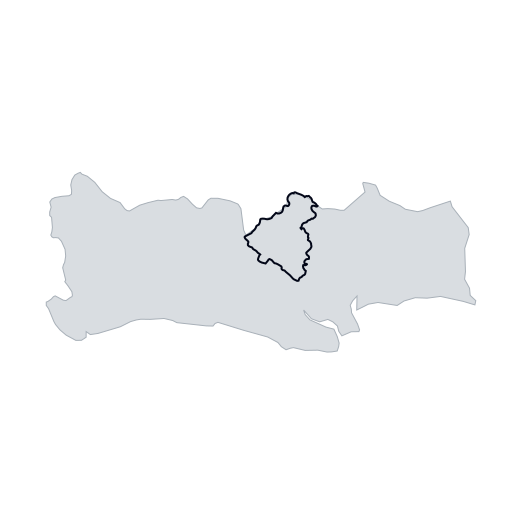 Portugal, with Portalegre highlighted, rotated 263°
{"feature_id": "PRT-747", "entity_name": "Portalegre", "entity_type": "District", "adm_level": 1, "iso_a3": "PRT", "parent_name": "Portugal", "parent_adm1": "", "projection": "orthographic", "projection_center": [-7.639, 39.223], "detail": "fine", "context": "in_parent", "style": "outline", "palette": "ink", "viewbox_px": 512, "rotation_deg": 263, "n_neighbors": 0, "source": "natural_earth", "source_scale": "10m", "svg_char_len": 5162}
<svg xmlns="http://www.w3.org/2000/svg" viewBox="0 0 512 512"><g transform="rotate(263 256 256)"><path d="M200.6,57.9L206.6,52.4L212.4,48.7L215.6,47.4L229.0,43.7L232.5,41.8L235.8,42.2L236.3,44.0L238.2,47.6L240.3,50.0L240.9,51.8L235.6,59.4L234.9,62.0L237.6,66.9L238.0,68.3L239.4,69.0L243.0,68.9L249.4,65.7L253.8,63.1L255.3,64.2L267.9,62.7L270.9,63.9L272.9,65.3L279.2,67.1L285.9,67.3L294.3,64.7L298.0,62.1L298.7,59.3L298.8,57.1L299.9,55.7L301.8,54.9L304.8,56.3L309.1,57.4L319.3,57.8L321.3,56.2L324.8,56.6L329.4,58.6L334.7,57.9L337.4,60.3L338.5,63.5L338.9,70.6L338.6,77.7L339.7,80.3L343.3,81.0L349.1,80.8L354.3,82.7L358.4,86.0L359.8,89.4L360.4,91.8L358.5,93.1L355.7,98.3L348.7,105.0L338.6,111.1L330.9,118.6L325.6,127.6L318.9,131.4L316.8,133.5L316.1,135.9L320.6,146.8L322.1,155.2L323.3,165.5L322.6,168.4L322.3,179.7L321.3,183.1L321.6,185.8L323.3,188.6L324.0,191.4L321.0,195.0L315.3,199.1L311.1,202.8L310.0,206.1L310.3,208.2L317.5,215.4L318.8,218.3L317.9,225.3L313.9,237.0L310.0,244.0L309.3,244.7L304.8,246.8L283.2,246.9L277.9,248.5L278.7,249.9L283.8,259.0L289.1,263.8L290.9,264.9L292.8,275.5L301.5,292.4L309.9,294.7L312.8,298.9L312.4,304.8L309.8,311.4L304.7,318.1L298.6,322.8L294.6,327.5L294.3,333.0L293.0,339.9L291.1,345.3L290.6,349.0L306.2,372.0L314.9,370.8L316.0,371.4L314.5,376.9L311.8,383.3L308.5,384.6L301.1,386.6L294.1,395.0L288.5,405.0L284.2,409.9L280.3,421.8L280.8,427.0L282.7,434.9L286.8,455.6L281.0,456.6L258.3,470.1L251.3,470.2L238.2,464.1L215.0,462.0L207.5,460.2L198.0,464.0L190.8,463.8L184.9,468.7L180.8,467.3L185.7,456.2L193.4,434.2L193.3,420.7L195.2,409.0L193.3,397.4L189.7,390.1L195.0,371.4L194.5,361.7L190.1,349.4L204.0,351.4L199.8,346.5L195.6,343.5L191.5,344.1L188.0,343.9L176.1,348.5L170.1,349.8L168.4,348.9L169.2,341.3L166.3,331.5L171.1,329.0L176.6,328.3L181.3,324.2L184.3,319.6L182.9,311.2L187.0,303.3L196.6,296.7L191.7,297.7L186.0,301.8L176.9,316.8L173.9,324.4L166.2,326.8L159.4,327.9L156.0,327.0L151.8,325.0L151.6,319.3L152.0,314.8L155.0,305.9L156.3,293.3L160.5,282.0L160.3,279.0L159.3,274.4L162.9,270.1L167.4,267.3L174.2,257.7L183.8,234.6L194.8,210.1L194.0,207.1L191.7,204.8L192.7,198.1L199.5,169.3L202.1,165.5L205.2,157.1L206.0,143.4L207.3,134.0L207.1,129.3L206.2,123.6L202.3,112.7L198.4,89.7L198.2,82.0L201.7,78.2L196.1,77.5L193.6,72.5L194.2,66.9L200.6,57.9Z" fill="#d9dde1" stroke="#a8b0b8" stroke-width="1"/><path d="M306.0,318.1L303.0,318.7L302.4,319.3L302.1,320.1L301.2,321.1L300.1,322.0L299.1,322.4L298.2,323.2L297.7,322.6L297.7,321.9L297.9,321.4L298.8,319.9L298.9,319.4L298.9,318.2L298.7,317.6L297.9,317.1L297.1,316.8L295.9,316.8L294.0,317.5L292.6,318.7L291.3,320.1L290.3,320.4L290.0,320.3L288.9,320.3L287.9,319.7L287.3,319.2L286.5,317.6L286.0,316.9L286.3,315.7L285.4,314.3L285.2,313.2L284.7,311.6L283.3,310.3L283.3,309.4L283.1,308.9L282.9,307.4L282.5,306.6L281.5,305.6L278.9,304.5L278.6,303.7L278.3,303.7L278.0,303.7L277.1,304.4L277.6,305.0L277.8,305.4L277.8,306.0L277.6,306.6L276.9,307.0L276.0,307.4L274.6,307.7L273.7,308.0L272.7,308.8L272.3,309.4L272.0,310.0L271.7,310.3L271.4,310.5L270.9,310.6L269.4,310.0L268.7,309.9L268.1,309.9L267.5,310.3L267.0,310.1L266.0,309.5L265.4,309.5L264.4,310.7L263.8,311.4L261.7,312.2L260.3,312.1L259.7,312.2L259.0,312.2L258.3,312.1L256.5,310.8L253.6,306.8L252.9,306.2L251.5,306.5L250.4,307.2L250.0,307.7L249.6,308.1L249.0,308.3L248.5,308.5L246.9,308.2L246.7,308.1L246.7,307.1L246.7,305.9L246.5,305.2L245.1,303.6L244.7,303.4L244.1,303.2L243.1,303.3L242.3,303.6L242.2,303.9L242.1,304.4L242.1,304.9L241.9,305.4L241.5,305.5L241.1,305.0L240.8,303.9L241.0,302.8L241.2,302.3L241.2,301.8L240.2,301.4L238.4,301.5L237.9,301.7L237.5,302.0L236.4,302.4L235.1,303.6L232.2,302.6L231.4,301.8L231.2,301.2L231.0,300.6L230.6,299.7L229.9,299.1L229.5,298.4L229.3,297.8L229.1,297.0L228.5,296.4L227.8,295.9L226.3,295.2L226.3,293.8L228.2,290.8L229.1,289.9L232.7,287.4L236.5,283.8L238.1,282.6L238.8,280.8L239.6,280.0L240.3,279.8L241.5,280.1L242.5,279.9L242.9,279.5L243.2,279.1L243.5,278.7L245.0,276.8L245.9,275.4L246.2,274.8L246.5,273.7L246.9,273.2L250.0,271.1L251.3,269.1L251.2,268.6L250.9,268.0L249.9,267.2L247.4,264.6L248.8,260.9L250.1,258.9L251.3,257.8L252.1,257.5L253.4,257.9L256.0,259.3L256.9,260.1L257.0,260.3L257.3,260.1L257.6,259.9L258.8,258.4L259.3,258.0L260.6,257.2L261.6,256.2L262.5,254.9L263.5,253.8L264.8,253.3L265.2,252.7L265.8,251.4L266.6,250.1L267.7,249.3L269.1,249.4L270.2,250.0L271.3,250.1L272.8,249.0L273.6,248.2L274.7,247.4L276.0,247.0L276.6,247.2L277.1,248.4L279.2,254.2L280.4,255.2L282.3,257.8L283.4,258.8L285.6,260.0L286.1,260.7L286.7,262.5L287.7,263.3L289.1,264.0L291.8,264.7L292.3,265.5L292.3,267.3L291.9,269.2L291.4,270.4L291.1,271.6L291.1,273.4L291.5,275.2L291.9,276.2L293.2,277.2L296.4,281.1L295.5,282.6L295.4,284.4L295.9,286.1L296.8,287.4L298.5,288.3L300.2,288.7L301.8,289.4L302.6,291.0L302.4,291.9L301.7,293.5L301.8,294.2L302.5,294.9L303.5,295.4L304.4,295.5L305.2,295.2L306.8,294.3L308.5,294.1L310.2,294.5L311.7,295.5L312.7,296.5L313.6,298.0L314.1,299.7L313.6,301.1L314.4,301.7L314.5,302.4L314.1,303.3L313.5,304.1L311.3,308.4L309.9,310.4L308.5,311.6L309.4,313.2L309.1,314.5L309.2,315.7L308.7,316.1L307.9,316.7L307.1,317.5L306.0,318.1Z" fill="none" stroke="#020617" stroke-width="2"/></g></svg>